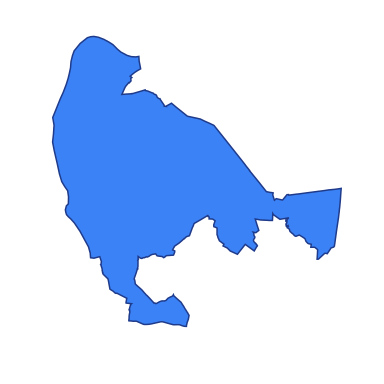 Klintaines pag., Plavinu, Latvia, rotated 99°
{"feature_id": "27541924B20415877652953", "entity_name": "Klintaines pag.", "entity_type": "district", "adm_level": 2, "iso_a3": "LVA", "parent_name": "Latvia", "parent_adm1": "Plavinu", "projection": "mercator", "projection_center": [25.627, 56.641], "detail": "fine", "context": "isolated", "style": "filled", "palette": "blue", "viewbox_px": 384, "rotation_deg": 99, "n_neighbors": 0, "source": "geoboundaries", "source_scale": "gbopen_adm2", "svg_char_len": 5852}
<svg xmlns="http://www.w3.org/2000/svg" viewBox="0 0 384 384"><g transform="rotate(99 192 192)"><path d="M222.9,42.8L222.5,43.0L221.1,42.9L207.1,43.2L194.7,43.3L186.9,43.6L186.5,43.7L184.6,43.7L177.0,44.2L168.0,45.0L165.1,45.2L166.1,48.3L167.2,52.0L167.3,52.5L168.2,55.9L168.5,57.2L169.4,60.0L170.4,63.2L171.7,67.8L171.9,68.4L175.5,80.6L177.4,86.9L177.7,88.2L179.2,93.3L180.0,95.9L179.4,96.2L179.8,97.8L185.6,101.2L185.8,101.6L185.4,107.7L186.3,108.6L187.3,109.2L187.2,109.4L186.7,109.6L182.2,111.8L180.2,111.7L180.1,112.8L180.2,114.9L180.0,118.6L170.9,128.5L170.4,129.1L164.1,136.1L162.1,138.4L161.9,138.3L157.0,143.6L156.9,143.6L154.4,146.3L154.1,146.6L135.9,166.4L123.1,180.4L122.9,180.6L122.6,181.3L121.4,185.4L120.2,190.0L118.6,195.3L118.6,195.7L118.5,197.3L118.4,198.3L117.9,207.7L117.9,208.0L117.8,208.4L117.7,208.7L111.1,220.2L107.5,226.2L108.9,227.9L111.4,231.2L111.5,231.1L111.6,232.9L110.6,233.1L107.2,236.3L105.7,237.7L104.9,238.2L105.0,238.4L104.9,238.9L104.8,239.5L104.0,241.1L102.4,242.0L101.8,242.5L101.4,243.6L101.5,243.8L101.4,244.5L100.4,245.8L100.3,247.0L99.9,248.6L99.2,251.5L99.1,254.2L98.5,254.3L100.4,258.2L104.4,266.7L104.2,266.8L104.8,268.6L105.4,271.5L106.6,276.5L99.4,274.6L97.9,274.0L93.9,271.6L94.1,271.1L91.8,269.6L89.3,270.3L88.4,269.3L87.6,270.5L87.3,271.2L84.6,268.9L82.7,267.1L81.5,265.8L80.2,264.3L78.4,262.0L77.8,262.2L70.9,264.7L66.4,265.7L67.4,268.7L67.8,273.2L67.2,277.6L64.9,284.2L62.6,288.0L58.8,293.2L56.9,297.6L55.0,303.0L53.8,308.6L53.7,313.3L54.5,316.4L56.0,319.5L62.8,325.7L71.1,330.5L76.0,331.4L82.2,331.9L88.4,331.4L94.1,331.7L99.0,332.1L105.2,333.0L113.8,334.8L120.3,336.6L140.2,341.2L147.6,338.7L156.2,337.9L164.5,337.5L172.8,334.5L185.4,329.4L195.0,325.7L202.2,322.2L206.5,318.6L210.2,315.0L216.1,313.2L222.1,312.4L223.3,312.4L225.3,313.9L229.4,314.3L231.7,313.5L234.0,312.4L235.9,310.1L237.5,307.6L241.0,303.3L248.4,296.4L256.1,290.5L262.3,285.7L268.2,283.0L272.8,281.9L272.7,278.5L270.3,273.0L274.9,270.6L277.3,270.6L278.1,270.4L278.2,270.7L278.7,270.3L279.1,270.2L281.8,268.8L283.9,268.2L283.9,268.3L285.9,267.5L285.9,267.4L286.0,267.4L286.0,267.5L286.7,267.2L287.5,266.3L289.7,263.2L290.3,262.4L290.5,261.8L291.3,261.3L292.4,260.8L300.7,257.9L300.9,257.7L302.3,254.4L303.5,252.6L303.9,252.0L304.0,251.1L303.7,250.4L306.6,241.5L306.7,241.3L307.1,239.8L311.4,239.9L312.0,239.7L311.8,234.3L312.4,234.8L313.2,234.9L313.2,235.1L317.0,235.5L317.8,235.7L318.1,235.6L318.2,235.4L318.3,235.6L320.1,234.6L321.8,234.7L323.1,234.7L323.7,234.7L325.2,234.6L326.2,234.4L328.9,234.3L329.2,234.1L329.0,233.2L328.8,229.5L328.3,227.0L328.5,225.9L330.2,219.5L330.3,218.8L330.2,217.7L329.6,214.6L328.7,211.7L325.1,202.6L324.9,201.7L324.8,200.9L324.9,199.7L325.7,192.9L326.0,190.2L326.0,189.5L325.9,188.8L325.4,186.1L325.2,184.9L325.1,184.1L325.1,183.4L325.1,183.0L325.6,180.9L325.8,179.3L325.8,177.8L325.7,177.0L325.6,176.5L325.2,176.6L321.8,176.4L318.3,175.7L314.3,175.6L313.0,176.7L312.0,177.4L311.1,178.3L310.2,179.0L308.0,181.0L306.4,182.2L304.7,183.8L302.6,185.6L300.1,189.6L297.3,193.8L296.3,194.3L297.8,194.9L299.4,197.4L300.8,199.2L303.1,200.7L303.8,201.9L303.9,202.3L304.2,203.7L304.2,204.5L305.0,206.1L306.0,207.6L307.3,209.2L307.9,210.2L307.7,210.5L307.7,210.8L307.4,211.4L307.5,211.8L307.7,212.1L306.8,213.2L303.3,217.6L302.0,219.3L301.3,220.2L300.7,221.3L300.0,222.0L299.2,223.1L297.9,224.6L297.2,225.4L296.4,226.4L295.1,228.4L293.5,231.0L291.7,233.6L287.9,234.8L286.9,235.6L280.0,234.4L277.6,234.1L276.5,233.5L276.3,234.0L274.3,233.7L268.3,234.6L268.1,234.9L266.8,234.4L266.6,234.5L266.4,234.8L264.1,235.1L265.3,232.8L265.5,231.5L265.5,231.3L265.4,231.0L264.5,229.8L264.4,228.9L264.3,228.6L263.3,227.2L263.1,227.0L263.3,226.2L262.4,224.6L261.0,223.2L259.9,221.6L258.8,218.3L258.9,218.1L260.5,216.5L260.5,216.2L260.5,214.1L260.4,211.5L260.4,211.2L261.3,209.8L261.3,209.7L261.1,209.4L260.5,208.7L259.0,207.5L258.8,207.0L258.4,205.3L257.3,200.6L257.2,200.4L254.4,199.7L252.9,199.8L252.2,202.1L249.8,201.3L249.6,201.1L248.3,200.8L244.3,196.6L241.9,194.6L239.4,192.6L239.5,192.4L237.0,190.5L235.6,187.7L226.9,186.0L225.8,185.6L222.8,185.0L218.6,179.8L212.7,172.7L212.8,172.5L213.7,172.3L213.7,172.1L214.1,171.1L215.9,170.9L215.5,167.3L216.8,164.7L221.0,165.4L222.8,165.0L223.5,162.0L223.5,161.9L223.6,161.7L223.8,161.6L224.4,161.5L230.3,160.6L231.1,160.0L232.8,159.3L235.9,157.3L237.9,153.5L238.5,152.3L240.4,152.9L241.8,148.4L244.3,145.0L246.4,137.4L235.4,131.2L240.5,121.3L236.3,119.7L235.0,119.0L234.8,119.2L234.3,119.4L234.0,119.7L233.9,120.1L233.7,120.3L233.0,120.7L232.7,121.2L232.8,121.4L232.7,121.5L232.4,121.7L231.6,122.8L231.0,123.4L230.1,123.7L229.7,123.7L228.9,123.5L227.4,122.8L226.7,122.9L226.3,123.0L225.3,124.0L222.7,124.6L222.4,125.0L222.1,125.3L222.2,122.6L219.5,120.0L213.6,123.0L208.8,125.3L208.8,123.2L208.9,119.9L208.2,113.5L208.0,111.1L207.5,108.1L207.3,108.1L200.7,108.8L201.7,108.0L205.2,100.9L204.9,100.0L203.6,96.0L202.5,92.9L202.8,92.7L204.2,93.7L204.6,94.1L204.9,93.8L205.2,93.8L205.3,94.3L205.1,94.7L205.1,94.9L205.3,94.8L205.6,94.8L206.1,94.7L205.9,94.2L205.9,93.8L206.0,93.7L206.3,94.0L206.9,93.9L207.5,93.5L207.8,93.7L208.1,93.7L208.6,93.8L208.8,94.2L209.1,94.2L209.2,93.9L209.6,93.9L210.1,93.7L210.7,93.8L211.0,93.6L211.2,93.3L211.2,93.2L210.7,92.8L210.6,92.6L210.0,91.9L210.9,91.4L212.4,92.3L212.6,91.7L213.5,90.1L213.9,89.8L215.1,89.4L215.9,88.7L216.1,88.2L216.7,87.4L217.2,86.6L217.3,86.2L218.0,85.3L219.2,83.8L219.5,82.7L219.4,82.2L218.7,81.1L218.3,80.3L217.7,79.3L218.2,78.1L218.7,76.9L219.0,76.1L219.7,74.7L219.8,74.4L220.0,74.0L220.2,73.5L220.3,73.3L221.3,72.6L222.4,72.0L223.0,71.6L224.5,69.7L224.8,68.9L225.0,66.0L228.0,66.0L227.4,62.1L229.2,59.0L229.3,58.9L232.9,58.5L238.0,58.0L238.8,58.0L238.8,57.7L238.5,56.6L231.8,51.3L231.8,51.2L231.6,50.0L231.8,48.8L228.0,47.0L225.5,45.9L224.2,43.4L222.9,42.8Z" fill="#3b82f6" stroke="#1e3a8a" stroke-width="1.5"/></g></svg>